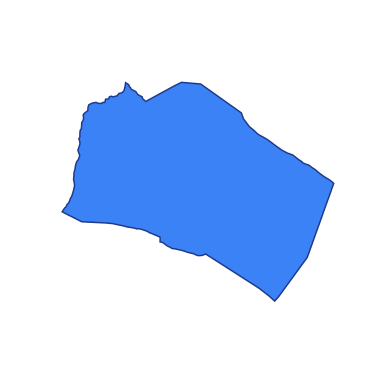 San Miguel Huautla, Oaxaca, Mexico, rotated 313°
{"feature_id": "50627088B50573678957415", "entity_name": "San Miguel Huautla", "entity_type": "district", "adm_level": 2, "iso_a3": "MEX", "parent_name": "Mexico", "parent_adm1": "Oaxaca", "projection": "robinson", "projection_center": [-97.153, 17.754], "detail": "fine", "context": "isolated", "style": "filled", "palette": "blue", "viewbox_px": 384, "rotation_deg": 313, "n_neighbors": 0, "source": "geoboundaries", "source_scale": "gbopen_adm2", "svg_char_len": 2211}
<svg xmlns="http://www.w3.org/2000/svg" viewBox="0 0 384 384"><g transform="rotate(313 192 192)"><path d="M226.7,68.9L225.5,69.7L224.0,70.8L221.8,72.0L219.9,73.1L217.0,73.2L215.6,72.3L214.1,71.3L213.2,71.6L210.8,71.4L208.1,69.6L207.4,68.6L206.8,67.4L205.0,66.7L203.4,67.5L202.5,67.0L201.0,65.5L199.9,66.1L199.1,66.7L197.8,67.0L197.0,65.9L196.3,65.5L195.3,65.7L194.0,64.3L192.9,62.9L192.1,60.7L189.8,59.0L188.0,58.0L185.5,57.1L183.3,58.0L181.8,59.2L180.4,60.3L178.8,60.0L176.8,59.7L175.5,59.6L174.0,59.9L173.0,61.4L171.0,63.1L169.1,63.8L167.7,63.9L166.5,64.9L164.9,66.3L162.8,67.9L161.1,68.1L159.4,69.2L157.5,70.9L155.6,72.6L154.6,72.8L153.6,73.0L152.9,74.7L151.1,77.0L148.5,78.4L146.6,79.2L144.8,80.0L143.4,82.4L142.4,84.7L140.6,85.8L137.9,86.8L135.6,87.0L133.3,88.0L131.2,89.2L129.2,90.7L125.4,92.7L122.7,95.1L120.4,96.8L118.4,99.6L116.7,101.7L112.8,104.0L109.8,105.6L106.1,107.2L104.1,107.5L103.1,108.1L101.4,108.7L99.6,109.3L97.8,109.1L95.2,110.0L93.4,109.8L89.0,110.5L89.9,114.0L95.0,131.6L111.2,150.8L112.9,153.2L114.5,155.1L115.9,157.4L117.0,159.3L119.3,163.0L121.1,166.2L122.5,168.9L124.4,171.5L125.3,173.0L126.7,175.2L127.2,176.6L128.5,177.7L130.0,180.0L131.2,182.6L132.3,185.0L132.8,186.5L133.2,188.6L134.5,191.7L135.2,193.8L135.9,195.7L137.2,199.1L136.3,200.4L133.7,202.7L134.8,204.4L135.3,206.5L135.5,209.4L135.8,211.1L136.3,212.5L136.7,214.0L137.2,216.2L138.7,218.1L142.8,225.2L145.3,230.7L148.0,235.4L148.7,237.8L149.7,240.0L152.6,242.7L154.8,243.8L155.9,244.0L158.2,256.5L167.3,306.4L168.5,319.3L168.6,326.9L174.6,326.7L222.7,320.9L236.7,314.9L236.9,314.8L237.1,314.7L263.9,303.2L265.8,302.3L289.2,292.3L289.4,292.1L290.4,291.7L290.7,291.6L292.1,291.0L292.4,290.9L295.0,289.7L295.0,289.4L295.0,289.2L294.7,284.9L294.3,282.6L293.3,278.0L292.6,272.1L292.4,266.7L291.9,264.2L291.3,259.0L290.1,256.6L288.9,253.2L289.1,251.5L288.4,248.0L287.8,240.5L285.4,234.8L283.8,228.8L282.7,219.9L281.8,211.6L281.2,208.7L279.5,202.1L279.2,200.1L279.3,195.2L278.9,189.5L280.6,179.8L283.5,174.1L276.9,124.7L265.0,109.5L257.0,106.5L229.1,97.2L226.7,96.6L226.6,92.1L227.6,90.7L226.3,86.0L227.1,82.4L225.7,77.5L226.4,75.8L226.3,74.4L227.3,72.6L226.7,68.9Z" fill="#3b82f6" stroke="#1e3a8a" stroke-width="1.5"/></g></svg>